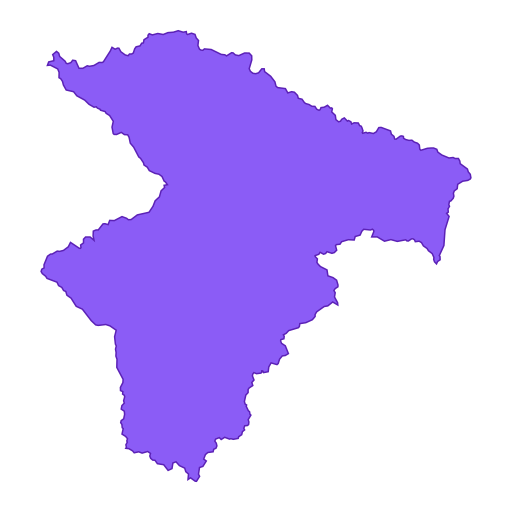 Abancay, Apurímac, Peru
{"feature_id": "86281439B95631648955536", "entity_name": "Abancay", "entity_type": "district", "adm_level": 2, "iso_a3": "PER", "parent_name": "Peru", "parent_adm1": "Apurímac", "projection": "orthographic", "projection_center": [-72.819, -13.777], "detail": "fine", "context": "isolated", "style": "filled", "palette": "violet", "viewbox_px": 512, "rotation_deg": 0, "n_neighbors": 0, "source": "geoboundaries", "source_scale": "gbopen_adm2", "svg_char_len": 5954}
<svg xmlns="http://www.w3.org/2000/svg" viewBox="0 0 512 512"><path d="M264.2,68.8L261.8,68.8L258.6,72.8L255.7,73.7L252.9,73.3L250.4,71.3L249.2,68.7L251.8,59.9L251.7,55.8L249.2,53.1L244.6,53.0L238.8,55.6L235.3,54.9L233.1,52.9L231.6,52.7L226.5,55.9L224.9,54.8L221.2,54.4L211.2,49.5L204.4,48.9L202.8,50.3L201.0,50.1L199.5,49.2L197.9,45.5L198.5,40.5L196.2,37.9L195.0,34.4L191.5,33.2L187.5,34.5L186.6,33.8L186.3,31.6L183.2,32.2L178.2,30.7L173.4,32.2L168.0,32.6L163.2,34.5L157.8,33.5L152.4,34.9L149.2,33.7L148.0,35.2L148.0,37.2L144.0,39.7L143.4,42.9L141.7,43.2L140.0,45.9L136.1,46.8L134.7,48.8L133.3,53.0L131.7,54.0L129.5,54.0L128.1,55.7L125.3,55.0L120.9,51.8L118.9,48.2L117.5,48.1L115.1,49.2L112.0,47.3L110.3,51.0L103.4,61.8L102.2,62.5L99.1,62.4L93.9,65.5L89.5,66.3L87.2,65.8L82.9,68.3L79.0,68.3L75.6,60.7L72.7,60.2L70.9,62.6L67.8,63.7L66.3,63.4L65.1,61.2L59.7,56.5L58.7,53.2L56.5,51.4L52.7,54.6L53.8,57.3L53.8,60.7L48.7,61.9L47.4,65.4L50.3,65.1L57.7,68.9L59.1,72.4L59.0,77.7L60.7,78.7L62.5,81.4L63.4,85.0L66.2,90.0L73.6,91.7L76.8,95.8L84.7,100.1L89.0,104.3L94.0,107.2L96.3,106.8L97.4,108.1L100.1,109.3L100.5,110.2L105.2,111.6L106.1,113.3L109.6,115.5L113.3,121.3L112.0,127.1L113.2,133.5L114.1,134.4L116.5,134.5L121.3,132.4L124.4,134.6L127.7,134.8L129.1,137.4L130.3,143.2L133.7,147.2L138.8,157.0L140.5,158.3L143.5,162.8L144.0,165.0L147.3,167.2L149.3,170.6L155.0,173.4L158.9,174.2L162.0,176.5L164.2,181.2L165.4,181.9L167.4,184.7L164.1,185.3L164.6,187.5L161.1,190.8L159.4,196.9L155.2,200.7L153.0,206.3L149.0,212.3L137.3,214.9L131.1,219.6L128.3,219.7L126.6,218.3L122.0,216.6L114.3,220.6L109.7,220.4L108.1,224.6L104.9,223.7L103.0,223.9L98.3,229.9L95.9,230.0L93.3,231.1L93.1,236.0L94.0,240.3L90.1,237.0L85.6,237.0L83.5,239.2L83.5,242.9L80.6,245.0L81.0,247.5L80.5,248.3L79.3,248.3L70.5,242.4L68.3,246.8L63.5,250.4L59.6,251.4L57.2,251.1L52.3,254.0L50.5,254.1L47.5,256.2L44.0,264.8L44.1,267.9L41.8,269.2L41.1,271.5L42.3,273.6L45.7,276.3L47.0,278.4L57.0,282.2L58.6,285.6L61.8,287.4L63.6,290.5L65.8,291.5L66.9,295.2L71.1,298.2L76.2,306.3L82.4,309.2L91.2,320.6L95.7,324.9L98.2,325.4L105.8,324.5L110.0,325.9L116.2,330.2L114.6,336.7L115.4,344.1L116.3,346.0L115.5,349.1L116.1,352.5L115.9,356.1L117.0,359.3L116.8,367.4L123.1,379.3L122.9,382.6L120.4,387.4L120.5,390.6L122.8,391.6L122.6,394.1L124.3,395.3L124.7,396.8L123.6,400.8L124.3,403.1L121.9,405.6L121.2,409.1L124.3,411.2L124.6,414.4L123.7,418.8L121.2,420.6L120.7,422.7L121.9,424.4L122.2,427.7L123.2,428.6L122.0,434.1L125.6,436.4L127.5,438.7L126.8,441.0L127.3,442.1L125.9,444.8L126.4,447.3L125.8,448.3L128.9,448.7L132.6,450.9L134.2,452.8L138.7,451.8L142.1,453.1L147.7,451.5L150.5,453.4L149.8,456.0L150.7,458.4L152.7,460.1L155.0,460.3L157.4,463.7L163.7,464.7L168.1,470.4L172.0,468.6L172.9,463.0L176.0,461.8L179.4,465.6L184.7,468.1L185.8,471.7L188.5,474.0L188.0,479.5L190.5,477.8L195.2,481.2L196.5,481.3L199.6,476.3L198.5,474.2L199.5,467.5L202.9,466.4L206.3,461.0L203.7,459.1L205.4,454.6L207.8,452.5L213.1,451.8L213.7,449.3L216.0,448.2L216.9,445.9L216.3,443.2L214.8,441.1L215.6,439.1L219.3,437.6L221.2,439.5L224.7,437.3L229.5,439.1L230.9,438.7L233.3,439.3L238.2,438.4L238.7,436.7L241.7,434.7L242.4,431.7L244.6,429.9L243.8,428.3L244.7,425.8L247.5,425.5L248.6,424.5L248.9,422.0L248.2,419.6L250.9,415.1L250.0,414.3L249.5,411.6L248.4,410.8L246.2,406.3L246.6,405.0L245.1,404.0L244.4,401.5L245.8,395.1L248.1,392.6L248.1,389.5L249.1,388.0L252.8,385.5L251.8,382.5L254.0,380.0L252.4,375.9L252.8,374.0L253.9,372.6L256.5,373.7L260.9,373.1L261.7,372.4L261.7,370.9L262.7,370.9L263.6,372.6L268.2,371.7L268.8,366.9L271.1,362.9L277.0,364.6L278.2,363.5L279.6,359.1L282.3,355.9L285.3,355.5L288.4,353.6L285.3,345.8L281.5,343.3L280.6,340.9L280.9,339.6L283.9,338.8L284.2,336.3L283.4,334.8L286.1,333.4L288.7,330.6L298.4,327.7L299.4,326.5L299.8,323.6L305.8,322.7L312.4,319.7L315.1,316.5L315.1,314.5L316.7,311.8L324.2,306.5L327.8,305.9L332.7,302.0L337.8,305.0L337.6,302.7L334.5,297.0L335.2,292.7L333.9,290.5L335.2,288.6L337.9,286.8L338.0,285.0L336.6,280.2L333.0,277.6L327.9,275.8L327.0,269.9L320.5,266.6L318.2,264.3L316.9,262.4L317.4,258.9L315.2,256.6L315.1,255.6L318.8,254.3L320.1,252.3L323.6,254.2L325.6,253.5L327.0,251.7L331.9,253.3L334.3,252.6L336.7,250.2L335.5,245.7L336.4,244.6L340.0,244.2L341.6,241.7L348.3,239.7L354.2,240.0L355.2,236.5L360.1,235.1L361.8,231.3L363.7,229.3L370.5,230.0L372.4,229.2L373.7,230.4L373.8,231.6L371.7,236.9L377.2,236.9L384.5,241.2L390.9,239.6L397.3,241.4L405.7,239.8L406.9,240.9L408.4,241.0L411.5,238.9L412.9,238.8L414.5,239.8L415.3,241.7L419.1,241.2L421.5,242.6L423.4,245.9L427.1,248.5L428.4,250.7L432.2,253.6L433.9,257.4L433.7,259.5L434.5,261.8L436.5,263.9L437.6,261.5L440.1,259.8L440.0,256.6L439.3,255.6L443.9,245.5L445.0,229.7L449.1,216.4L446.6,213.3L448.3,212.2L448.0,208.9L449.5,206.3L448.8,204.6L449.5,201.3L450.8,201.0L453.2,198.3L453.9,196.2L453.4,193.2L454.3,190.9L457.2,188.7L457.7,184.3L462.7,181.2L467.8,180.4L470.3,179.0L470.9,177.8L470.3,174.3L468.3,171.9L467.4,169.0L460.2,163.7L459.8,161.0L458.4,158.5L455.1,158.5L453.1,157.5L449.0,158.0L441.8,155.0L437.8,152.1L436.8,149.3L433.6,148.0L431.2,148.0L427.3,148.3L420.8,150.3L419.8,149.2L419.3,145.0L417.5,143.2L414.3,142.1L411.9,140.2L408.9,140.4L405.6,139.5L403.6,138.3L403.4,136.4L401.8,135.9L400.3,136.1L396.1,139.2L394.6,139.0L394.0,136.4L391.4,134.2L390.5,130.9L381.1,127.4L378.8,127.6L376.3,131.8L373.4,133.5L369.1,132.6L367.7,133.2L366.0,132.3L362.7,133.3L362.3,132.6L363.0,130.9L361.9,127.6L361.2,126.2L359.6,125.6L358.3,123.0L354.1,122.8L351.6,124.0L350.9,121.8L348.5,120.5L347.4,121.1L344.3,117.9L341.7,119.3L340.5,121.2L338.6,121.8L335.9,119.6L335.3,115.3L331.7,111.9L332.4,108.8L331.7,107.9L330.3,108.1L327.5,105.3L324.2,107.2L321.0,107.6L320.1,109.7L319.0,110.3L316.7,109.2L314.9,106.4L311.9,106.3L309.0,104.5L305.8,103.6L304.4,102.6L302.0,99.2L298.3,98.3L297.5,95.4L294.4,92.2L291.6,91.7L287.8,92.9L285.4,88.6L277.7,87.6L276.0,86.2L274.9,81.8L270.7,76.3L264.6,71.6L264.2,68.8Z" fill="#8b5cf6" stroke="#5b21b6" stroke-width="1.5"/></svg>